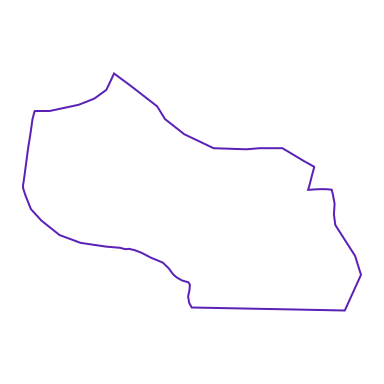 Americ, Dauphin, Saint Lucia (orthographic projection)
{"feature_id": "8701671B88518569021729", "entity_name": "Americ", "entity_type": "district", "adm_level": 2, "iso_a3": "LCA", "parent_name": "Saint Lucia", "parent_adm1": "Dauphin", "projection": "orthographic", "projection_center": [-60.932, 14.021], "detail": "fine", "context": "isolated", "style": "outline", "palette": "violet", "viewbox_px": 384, "rotation_deg": 0, "n_neighbors": 0, "source": "geoboundaries", "source_scale": "gbopen_adm2", "svg_char_len": 1054}
<svg xmlns="http://www.w3.org/2000/svg" viewBox="0 0 384 384"><path d="M314.0,166.7L303.8,161.0L282.4,148.2L271.1,148.2L259.8,148.2L246.2,149.3L213.5,148.2L184.2,134.2L165.0,119.1L157.1,106.3L130.0,85.3L114.0,73.5L111.1,79.9L106.3,89.9L94.3,98.6L78.6,104.8L49.6,111.0L34.9,111.0L34.4,111.9L32.5,119.1L30.6,132.6L28.0,149.0L24.5,175.5L23.0,185.7L23.1,188.2L25.4,195.3L30.9,209.1L41.4,220.6L59.6,235.1L80.7,242.9L105.9,246.6L120.0,247.8L124.7,249.0L126.6,249.2L128.0,248.8L129.6,249.0L134.0,250.0L137.5,251.2L141.7,252.9L151.4,257.9L157.6,260.4L162.9,262.7L168.6,268.2L173.3,274.5L176.8,277.5L182.1,280.5L188.4,282.3L189.9,284.7L189.5,290.0L188.1,296.5L189.2,302.9L191.7,307.5L299.6,309.6L344.8,310.5L361.0,274.8L356.4,260.2L355.1,255.9L337.1,227.8L336.3,226.5L335.3,225.0L333.9,214.4L334.6,203.8L334.1,201.1L333.1,195.5L331.7,189.7L326.2,189.2L324.4,189.2L321.7,189.1L319.7,189.2L316.1,189.3L310.8,189.7L309.5,189.8L308.1,189.8L308.8,187.6L309.9,183.7L311.3,178.0L311.8,176.0L314.2,167.2L314.0,166.7Z" fill="none" stroke="#5b21b6" stroke-width="2"/></svg>